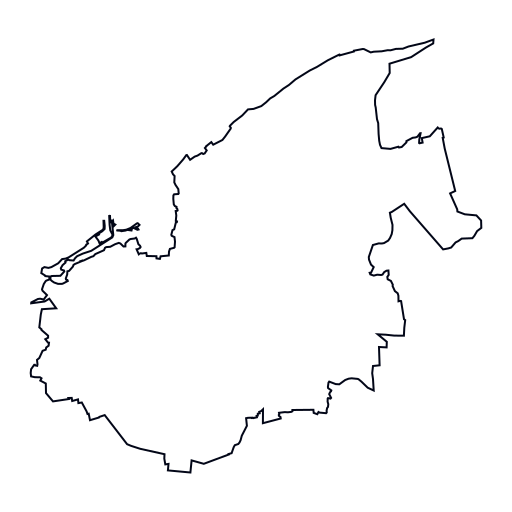 the district of Kota Banda Aceh, Aceh, Indonesia
{"feature_id": "22746128B56363132836699", "entity_name": "Kota Banda Aceh", "entity_type": "district", "adm_level": 2, "iso_a3": "IDN", "parent_name": "Indonesia", "parent_adm1": "Aceh", "projection": "albers", "projection_center": [95.318, 5.562], "detail": "fine", "context": "isolated", "style": "outline", "palette": "ink", "viewbox_px": 512, "rotation_deg": 0, "n_neighbors": 0, "source": "geoboundaries", "source_scale": "gbopen_adm2", "svg_char_len": 5966}
<svg xmlns="http://www.w3.org/2000/svg" viewBox="0 0 512 512"><path d="M433.5,39.5L424.8,42.7L408.5,46.5L402.8,48.7L395.9,48.9L390.5,50.3L387.7,50.2L381.7,51.3L373.8,51.7L370.7,52.4L364.0,49.1L362.7,49.0L353.9,50.7L353.9,51.5L339.6,55.4L339.4,54.6L338.8,54.8L327.8,60.3L317.0,66.9L309.8,70.5L295.5,79.4L288.9,85.0L283.4,88.6L274.3,96.0L270.2,98.4L266.1,102.3L261.3,106.1L253.6,108.9L248.0,109.4L242.2,115.5L233.7,122.0L229.9,125.8L229.7,126.3L230.8,127.7L230.7,128.6L225.1,136.6L222.4,140.0L213.2,144.7L211.3,142.1L206.2,146.2L206.3,146.4L204.9,148.0L206.7,150.4L204.7,153.4L203.2,154.0L201.9,153.1L201.3,153.2L197.5,155.6L194.7,156.6L190.1,159.8L186.9,155.0L186.3,155.1L183.2,159.4L177.3,166.2L171.7,171.5L173.0,174.3L174.6,176.0L174.3,182.4L175.5,184.9L178.3,189.1L178.7,193.4L178.3,194.0L174.1,194.3L173.4,195.4L173.3,198.9L173.8,204.4L174.8,206.0L176.5,206.8L176.4,208.0L177.2,208.7L177.6,210.4L177.4,210.7L175.7,211.0L176.3,215.5L175.8,220.9L177.0,221.4L176.8,222.2L176.0,222.3L175.8,222.7L174.2,229.3L172.5,230.1L171.3,234.8L171.7,235.8L174.5,237.1L175.0,241.7L174.6,247.3L174.1,247.8L169.9,248.9L169.0,251.6L168.8,255.5L160.6,256.3L159.9,258.9L156.5,258.4L156.4,256.2L146.8,256.0L146.3,252.9L141.9,253.5L140.9,253.2L139.5,253.7L138.8,254.3L136.6,249.3L137.8,249.1L139.8,248.1L140.6,247.0L140.0,245.7L138.4,244.2L136.7,238.8L136.0,237.7L134.7,238.5L130.7,239.0L129.4,239.5L125.7,243.0L125.4,243.7L125.4,246.4L123.5,246.5L120.4,243.5L118.8,242.9L115.1,244.2L110.2,246.8L106.2,247.1L105.0,247.8L104.0,250.2L95.3,254.1L93.4,256.2L91.4,256.8L83.9,260.4L81.5,261.2L81.6,260.8L81.0,261.0L81.4,261.3L74.9,264.0L73.5,264.9L72.9,266.6L69.1,270.9L67.4,271.3L67.2,274.5L65.8,278.4L66.0,279.5L67.4,280.0L67.8,281.0L63.3,283.4L61.9,283.9L58.1,283.9L54.1,282.5L51.9,281.0L50.4,279.6L50.5,276.5L51.8,276.0L60.4,275.8L64.3,271.5L64.0,270.5L61.2,269.6L60.8,268.2L62.6,265.1L65.5,262.6L65.2,261.3L68.2,259.6L69.4,260.2L73.6,260.5L75.0,258.3L77.1,256.2L82.8,253.6L91.3,250.8L112.3,237.4L113.3,235.1L111.8,220.7L111.3,220.5L111.5,222.3L110.3,222.4L110.0,215.9L109.5,215.8L109.2,215.9L109.6,224.9L110.3,230.4L112.5,234.6L112.0,236.7L110.5,237.9L102.4,242.6L101.8,241.9L99.5,243.2L98.4,240.5L95.3,236.4L95.4,235.8L97.5,234.2L97.8,234.7L97.0,235.2L97.2,235.5L99.0,234.5L98.8,234.1L98.0,234.6L97.7,234.1L102.2,231.3L104.6,229.0L104.7,225.8L104.2,220.8L103.5,220.8L103.7,227.4L103.1,229.6L95.5,234.5L86.9,241.4L88.0,243.5L86.2,244.7L86.2,245.4L83.9,247.7L68.6,257.4L65.6,258.6L62.1,259.1L58.2,263.3L51.4,267.1L48.4,267.9L44.4,267.1L42.1,268.5L41.3,273.1L45.2,275.6L45.3,276.1L49.3,276.5L49.4,279.5L46.3,280.6L45.6,281.2L43.8,284.0L42.0,289.3L42.5,290.7L47.0,295.1L43.7,299.5L40.1,298.7L37.9,299.0L31.3,302.4L31.2,303.3L44.6,301.5L49.3,298.7L56.2,308.3L41.9,309.2L40.8,314.5L39.3,327.4L41.5,329.3L41.5,330.0L48.1,335.7L48.1,337.7L45.3,339.2L48.0,342.6L49.0,342.7L48.6,345.7L46.2,347.5L45.7,349.7L42.6,350.8L39.3,358.0L37.0,359.9L37.5,364.3L37.2,365.8L35.1,365.4L34.9,364.8L34.2,364.8L31.1,369.2L30.7,373.0L31.1,376.4L34.9,377.2L40.0,377.3L41.5,378.3L40.3,380.6L45.8,383.5L46.0,393.1L53.0,401.4L69.0,399.0L68.5,398.0L71.7,397.9L72.2,401.0L78.0,399.4L78.4,403.1L81.8,402.5L86.6,411.4L87.5,414.0L88.7,413.7L90.0,420.2L99.0,417.5L99.3,416.9L104.7,415.1L127.1,444.2L131.2,445.9L140.2,448.8L164.5,454.2L164.3,458.6L165.3,464.4L168.5,463.9L167.9,470.4L190.4,472.5L191.6,460.4L203.8,463.8L228.8,454.5L228.6,454.0L231.6,453.2L233.7,447.2L234.8,445.2L238.3,444.0L239.5,442.5L240.6,440.2L241.8,435.7L246.9,425.8L246.1,418.2L248.0,417.8L251.9,417.7L251.9,418.0L253.8,417.8L253.8,418.0L256.9,417.3L256.6,415.9L257.8,415.6L257.8,413.7L259.6,413.3L259.2,411.9L261.1,411.1L263.0,409.3L262.9,423.2L280.7,418.5L280.5,417.0L278.9,415.8L278.8,414.9L279.3,414.3L279.0,412.8L284.8,412.1L287.8,412.3L291.2,411.9L292.4,411.3L292.4,410.0L313.4,409.8L313.7,412.9L317.3,414.2L318.5,412.0L319.6,412.6L326.1,413.2L326.7,412.5L326.6,410.6L327.1,408.1L328.0,406.9L328.3,404.2L327.6,401.7L327.7,398.5L328.0,398.1L330.5,398.6L331.1,397.9L329.2,394.1L330.0,392.3L331.0,391.3L331.3,390.4L328.1,388.1L327.9,387.0L328.5,382.6L329.2,381.6L335.7,384.1L339.3,384.3L345.2,380.0L348.6,378.7L351.6,378.3L357.6,378.9L358.5,379.2L361.4,381.6L367.7,387.7L373.7,390.5L373.0,379.1L372.2,373.2L373.0,366.0L379.6,365.3L379.0,347.0L386.6,347.4L386.8,341.8L377.7,334.3L385.6,334.7L394.2,335.6L403.9,335.7L404.3,327.7L405.2,320.1L404.0,319.2L401.1,301.1L400.1,300.9L398.5,301.3L398.4,295.7L397.7,293.3L394.9,291.1L392.6,286.1L392.8,284.7L390.9,280.9L387.7,279.3L387.3,276.9L388.7,274.9L388.4,270.5L386.5,270.7L384.2,272.1L382.5,274.6L381.1,275.0L377.2,274.7L373.8,275.6L370.3,274.4L369.7,272.8L371.1,272.6L373.7,267.1L371.0,264.6L369.0,259.6L368.8,257.0L372.9,245.0L378.7,243.4L381.8,243.5L384.0,243.1L388.2,240.6L390.0,238.0L391.7,234.1L392.4,230.2L392.5,224.9L390.7,217.7L389.9,212.7L391.7,212.0L404.2,203.8L409.9,211.3L443.1,249.4L448.3,248.4L451.2,247.5L455.6,242.4L458.2,241.1L461.7,238.6L472.4,238.2L474.3,235.9L477.1,231.1L481.3,227.9L481.1,220.5L476.4,215.4L464.8,214.3L457.4,211.5L457.2,209.3L450.1,193.4L455.2,191.0L444.7,148.5L442.7,137.8L443.7,137.5L441.8,129.0L441.0,128.5L439.4,128.7L438.4,128.3L437.7,127.5L429.8,136.3L421.8,138.1L422.6,142.6L419.5,143.3L419.1,143.0L419.3,139.5L420.6,133.2L420.1,133.2L417.4,136.7L415.7,137.4L412.6,137.8L406.4,141.1L406.4,142.4L401.7,147.0L399.0,147.5L398.4,146.7L390.5,148.9L381.5,148.1L380.0,144.8L379.2,140.7L378.6,134.0L378.2,123.1L377.0,119.2L375.7,107.5L375.1,104.9L375.0,100.3L375.6,95.2L384.2,82.3L389.7,73.0L389.5,63.7L411.2,57.1L426.0,47.5L433.2,43.4L433.5,39.5ZM136.0,227.8L135.7,227.2L137.9,226.5L139.5,224.9L137.7,223.2L136.9,223.4L130.5,228.0L126.3,229.7L122.9,230.2L116.5,230.2L117.1,230.5L120.3,230.7L121.3,231.2L125.3,230.6L127.4,229.9L131.5,230.5L131.8,229.3L130.9,228.6L133.6,227.9L137.4,229.8L138.5,229.5L138.1,228.8L136.0,227.8ZM113.1,226.8L115.3,224.6L113.5,223.6L113.0,220.4L112.7,220.7L112.8,222.7L113.1,226.8Z" fill="none" stroke="#020617" stroke-width="2"/></svg>